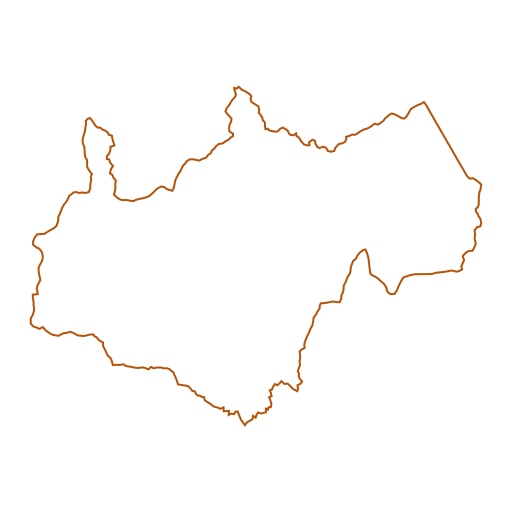 outline of Palmeira, Paraná, Brazil
{"feature_id": "56859067B23664287771885", "entity_name": "Palmeira", "entity_type": "district", "adm_level": 2, "iso_a3": "BRA", "parent_name": "Brazil", "parent_adm1": "Paraná", "projection": "robinson", "projection_center": [-50.067, -25.452], "detail": "fine", "context": "isolated", "style": "outline", "palette": "amber", "viewbox_px": 512, "rotation_deg": 0, "n_neighbors": 0, "source": "geoboundaries", "source_scale": "gbopen_adm2", "svg_char_len": 6014}
<svg xmlns="http://www.w3.org/2000/svg" viewBox="0 0 512 512"><path d="M473.0,178.2L469.6,178.6L466.6,175.4L463.0,169.0L460.9,165.5L459.2,162.7L457.7,160.0L455.6,156.4L454.1,153.8L451.1,148.5L449.3,145.2L447.4,142.3L446.3,140.1L444.3,136.8L440.5,130.1L439.1,127.7L435.4,121.4L433.5,118.0L431.9,115.2L429.9,111.8L428.6,109.4L426.1,104.9L423.9,102.1L421.0,103.9L418.3,104.9L416.3,105.8L413.4,107.4L410.7,109.2L408.8,112.7L406.3,116.9L403.9,118.7L401.1,117.8L397.2,115.5L393.9,114.0L391.7,113.5L389.4,114.8L384.9,118.6L383.5,120.7L381.7,122.1L378.1,124.6L374.6,123.7L371.5,126.1L368.6,127.9L366.0,129.0L363.8,129.5L360.0,131.6L357.0,133.7L354.4,134.9L352.2,134.5L349.6,135.8L346.1,136.8L346.2,139.7L344.7,142.1L341.7,143.5L338.7,144.0L335.3,147.9L334.3,150.9L331.1,151.7L327.9,151.0L325.9,147.6L322.9,146.7L319.6,148.1L317.2,146.9L315.3,143.3L315.0,140.8L312.5,139.7L309.0,142.3L309.6,145.1L307.4,145.4L304.1,144.5L301.0,141.1L299.1,137.7L296.4,135.8L296.0,133.4L293.4,135.3L290.4,134.8L288.8,133.2L287.6,130.4L282.8,127.5L280.2,128.8L277.5,131.5L274.7,131.6L271.8,131.0L269.2,130.4L267.7,128.7L265.5,129.2L265.0,126.6L264.9,122.4L262.7,120.1L262.3,117.6L260.2,114.4L258.7,112.8L259.2,110.4L258.5,106.4L255.1,104.3L251.5,102.0L250.5,98.8L251.5,96.4L250.1,94.5L247.2,92.5L244.6,90.9L241.9,89.8L240.3,88.2L238.4,86.8L236.6,88.7L234.2,87.9L234.6,90.6L236.0,94.4L234.8,97.3L232.1,100.2L230.9,102.1L229.4,104.8L226.4,108.6L225.5,111.5L227.6,114.3L231.4,118.4L231.2,121.7L229.8,124.0L229.2,127.1L229.3,131.2L231.0,132.5L233.0,133.6L233.0,136.2L231.0,137.2L228.6,139.7L225.5,141.2L223.0,143.3L218.5,144.1L216.0,146.3L214.4,148.5L211.9,150.6L210.8,153.2L208.1,155.0L206.1,157.7L202.3,159.0L199.2,160.6L196.0,159.9L193.2,159.3L189.5,159.4L186.5,161.4L185.2,163.6L183.3,165.3L181.5,168.6L180.0,171.9L178.3,174.2L176.0,178.7L175.2,181.1L174.5,184.5L173.8,187.8L172.3,190.8L167.0,189.2L164.0,187.0L161.5,186.5L159.1,187.5L156.5,189.2L152.4,193.3L149.6,195.8L146.2,197.4L142.7,198.3L139.6,198.9L136.4,199.7L133.5,201.0L129.9,200.7L127.5,200.1L125.0,200.0L122.4,200.1L119.9,199.4L117.0,197.5L113.9,194.6L114.8,191.6L115.4,188.6L115.3,184.2L115.8,180.4L113.4,177.6L112.2,174.7L110.0,173.4L110.9,169.1L113.0,166.1L110.3,162.8L109.2,159.4L106.9,159.1L106.8,156.4L109.2,153.4L110.5,149.5L110.3,146.9L114.4,145.5L112.5,139.3L111.9,135.6L108.8,134.8L107.8,132.6L105.7,130.9L102.3,129.5L100.2,127.6L97.6,127.6L95.2,125.4L92.1,120.6L89.8,118.0L87.3,119.1L85.7,121.2L86.0,124.2L85.3,128.4L84.9,131.6L83.8,134.7L82.7,139.0L82.6,142.1L83.3,144.5L84.4,147.3L84.7,152.1L84.9,155.2L85.5,157.6L87.1,160.1L87.1,163.1L87.1,166.8L88.5,169.5L90.0,171.6L92.0,174.2L90.8,176.5L91.2,179.4L90.5,183.4L90.2,186.2L90.2,188.9L88.6,192.2L85.4,193.0L82.1,192.4L79.3,193.0L76.1,192.1L73.4,192.4L71.8,194.1L69.4,195.5L67.9,198.8L66.3,201.9L64.5,203.8L62.3,207.5L60.8,211.5L59.6,214.6L58.2,216.7L58.4,219.4L57.6,222.7L56.4,226.0L53.7,228.3L50.7,229.9L46.7,232.3L44.3,233.9L41.4,234.0L37.1,234.4L34.7,237.6L33.1,241.2L33.1,244.7L36.4,247.4L39.3,248.7L42.0,252.2L42.8,256.8L42.3,260.2L40.8,263.3L39.2,266.1L38.6,268.4L38.7,272.3L40.4,280.1L37.6,285.1L36.7,288.6L37.3,291.1L37.8,294.1L35.3,294.4L32.8,294.6L32.8,297.8L33.6,302.1L33.6,305.4L34.1,308.3L33.9,311.0L32.8,315.0L30.8,318.2L30.7,320.9L30.8,323.7L33.1,326.3L36.3,327.5L39.4,328.8L42.8,327.1L45.8,330.5L50.0,333.5L53.4,335.0L58.4,335.8L63.3,333.3L67.1,332.7L70.5,331.8L73.7,333.1L77.6,335.4L83.5,336.0L86.4,335.5L89.5,334.6L93.2,334.4L94.6,336.3L96.6,337.3L98.8,340.0L103.0,342.6L103.2,346.5L104.8,349.2L107.0,354.1L108.2,356.0L110.7,358.2L112.0,361.7L112.8,365.1L115.8,364.8L118.6,365.0L123.7,364.3L125.8,366.0L130.7,366.8L135.1,367.7L138.2,368.0L140.5,367.5L143.3,367.5L145.8,368.2L148.2,369.4L151.3,366.9L153.5,368.3L156.9,367.5L161.2,367.5L163.8,368.4L166.8,368.2L169.3,369.1L171.5,371.0L173.4,372.4L174.7,375.5L176.0,378.3L177.0,381.2L178.0,384.4L182.1,385.1L186.0,385.6L188.7,386.6L190.5,388.5L192.3,390.9L194.9,391.4L196.0,394.0L197.7,395.5L199.9,395.6L201.8,396.9L204.1,397.2L204.7,400.3L210.6,404.1L213.9,406.6L217.9,407.6L220.3,408.8L223.5,407.4L223.7,411.3L229.0,410.9L228.7,414.9L231.5,413.6L234.1,414.1L235.5,411.7L237.7,411.5L239.0,414.9L240.9,419.6L242.4,421.7L244.9,425.2L246.9,422.4L252.5,419.2L253.1,415.8L255.6,417.7L256.5,414.9L258.0,412.5L261.4,413.5L266.0,412.2L265.9,408.7L268.1,409.6L268.5,407.2L270.8,407.2L271.4,404.1L270.4,400.4L269.1,397.3L271.6,396.1L270.9,392.9L269.7,390.3L271.9,389.5L273.0,386.9L274.8,384.1L277.3,385.2L279.6,383.3L281.4,381.1L284.4,383.9L287.6,383.6L289.9,385.6L291.6,387.6L293.2,389.1L297.3,391.2L298.0,388.4L297.5,385.3L300.9,383.4L302.1,381.5L300.0,379.1L298.6,376.0L299.1,373.6L297.8,371.5L298.7,368.4L300.0,365.2L299.6,361.2L300.3,357.9L299.9,354.3L299.7,351.3L301.5,349.6L304.6,348.0L304.3,344.7L305.0,341.6L306.0,339.0L307.5,335.6L309.0,332.7L310.4,328.9L312.3,325.5L313.2,321.3L313.7,317.5L316.5,313.8L317.6,311.2L319.6,308.3L319.7,305.8L320.8,303.3L323.8,303.2L327.9,302.5L333.0,301.5L336.6,302.1L339.6,302.2L341.3,298.6L341.4,295.3L342.9,292.5L343.5,289.9L343.7,285.6L345.4,282.7L346.7,279.2L348.0,276.0L349.6,274.2L350.6,270.9L350.7,267.6L351.5,265.2L353.3,260.7L355.3,259.5L357.7,255.2L360.1,252.3L363.3,250.0L365.4,249.5L367.0,253.0L368.5,258.3L369.0,262.8L369.6,268.1L370.3,273.6L372.2,275.3L375.0,276.6L377.9,278.4L380.4,280.9L383.5,283.4L385.4,286.0L386.5,288.0L386.9,290.6L388.3,292.5L390.6,294.1L394.6,293.9L396.8,290.5L399.7,283.8L401.2,281.0L403.6,277.3L409.5,275.4L411.5,274.9L415.4,274.2L426.8,274.1L430.8,274.0L433.1,273.7L435.9,272.8L440.6,272.3L445.3,271.7L451.9,270.5L456.4,271.7L459.5,270.9L462.1,269.5L461.3,266.5L462.3,264.0L464.1,260.1L462.7,256.1L465.0,253.5L467.5,251.5L470.2,250.8L472.4,250.8L474.0,248.1L475.0,245.9L475.8,243.5L474.6,238.8L475.1,234.6L474.6,230.2L477.2,227.1L480.3,226.4L481.3,223.5L480.4,218.9L478.5,216.0L477.6,213.6L476.0,211.7L475.7,209.0L477.8,207.1L478.7,204.7L478.8,201.9L478.8,197.0L479.4,192.2L480.4,189.9L481.3,184.5L476.9,180.7L473.0,178.2Z" fill="none" stroke="#b45309" stroke-width="2"/></svg>